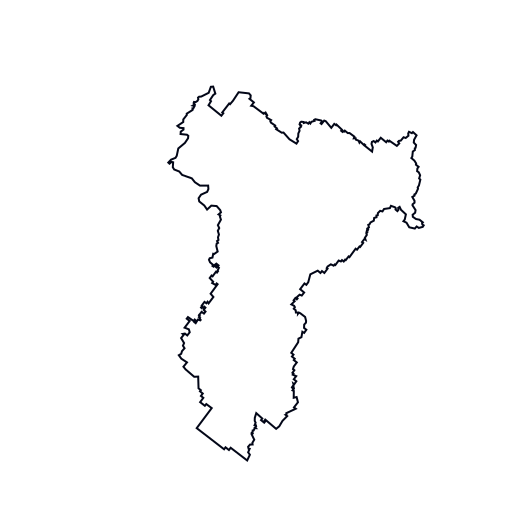 the district of Cootamundra-Gundagai, New South Wales, Australia, rotated 209°
{"feature_id": "25037944B16131127641558", "entity_name": "Cootamundra-Gundagai", "entity_type": "district", "adm_level": 2, "iso_a3": "AUS", "parent_name": "Australia", "parent_adm1": "New South Wales", "projection": "equal_earth", "projection_center": [148.025, -34.809], "detail": "fine", "context": "isolated", "style": "outline", "palette": "ink", "viewbox_px": 512, "rotation_deg": 209, "n_neighbors": 0, "source": "geoboundaries", "source_scale": "gbopen_adm2", "svg_char_len": 6148}
<svg xmlns="http://www.w3.org/2000/svg" viewBox="0 0 512 512"><g transform="rotate(209 256 256)"><path d="M174.1,439.4L178.8,440.5L179.2,439.0L182.4,438.8L182.3,437.0L181.0,435.1L182.3,431.8L184.5,431.4L185.3,427.1L186.8,426.0L187.1,424.8L185.3,423.9L186.2,420.6L195.2,421.5L195.3,420.5L197.0,420.7L197.3,418.6L204.2,419.9L204.9,415.3L206.3,415.5L206.6,413.2L208.8,413.6L209.9,412.0L209.3,410.0L206.5,407.6L205.1,403.6L214.5,405.2L214.4,406.0L215.4,406.2L215.6,405.4L220.4,406.7L220.5,405.3L222.2,406.6L225.0,406.2L226.0,407.3L227.5,406.3L227.8,408.1L233.8,408.9L235.3,408.0L239.1,408.7L239.3,407.4L240.5,407.5L240.6,406.5L242.2,406.8L242.0,408.1L249.3,410.0L249.4,409.2L251.6,409.5L252.3,404.6L260.3,407.7L262.0,407.5L262.7,403.2L263.8,403.4L263.4,405.8L264.7,406.1L270.4,404.4L271.1,403.3L270.3,402.6L272.6,400.2L272.7,398.2L274.2,398.8L274.4,397.1L277.0,397.2L278.7,395.5L279.3,396.3L281.5,395.4L282.1,394.1L281.7,392.3L280.0,392.2L280.3,391.4L279.3,390.9L280.1,388.4L278.6,386.6L278.4,383.7L276.9,380.7L277.0,378.0L274.9,376.9L275.1,373.9L283.3,374.3L291.8,377.3L293.3,376.3L299.8,376.7L299.6,377.8L302.5,378.3L302.5,379.4L307.6,379.9L308.9,380.9L308.7,382.2L313.4,382.2L314.6,383.2L314.4,384.5L316.8,385.9L316.7,384.9L318.3,385.1L318.5,384.1L330.8,385.8L333.0,385.1L332.3,389.3L337.9,390.3L337.4,391.4L338.5,393.9L341.0,394.8L350.6,390.8L351.4,380.6L352.3,376.2L353.4,376.4L355.1,365.2L353.8,365.0L354.3,361.9L370.6,364.8L370.4,369.6L371.9,370.1L371.4,376.1L370.3,378.3L375.6,383.4L377.5,382.1L376.5,375.8L381.2,368.9L383.0,367.7L383.5,366.4L382.4,365.1L382.4,363.2L383.5,361.2L384.9,360.7L384.7,359.5L383.1,358.8L384.2,356.9L382.4,357.3L382.4,354.6L383.1,354.3L382.3,352.9L385.6,346.9L384.9,345.8L385.8,340.2L384.6,337.9L387.8,331.7L384.8,331.2L381.4,332.7L380.7,331.4L382.1,328.3L381.1,326.1L375.2,328.6L373.5,328.3L372.5,326.0L373.0,320.4L376.1,312.4L373.9,305.2L374.0,302.8L377.0,299.1L378.0,295.2L376.4,294.8L375.4,297.4L373.9,297.8L371.8,293.3L369.5,292.0L364.1,292.7L359.9,291.1L349.8,292.8L345.2,290.9L339.1,290.4L332.0,294.4L330.1,291.5L329.8,288.4L333.8,283.0L334.2,278.7L332.1,276.2L325.7,275.1L321.3,272.9L319.5,278.4L314.6,280.6L309.6,278.8L307.8,277.2L308.9,274.2L306.8,274.2L306.7,273.0L304.3,270.8L304.3,264.5L301.7,262.6L301.6,259.5L298.8,256.8L298.3,253.9L296.6,251.8L297.3,250.2L295.6,249.1L296.4,247.8L295.6,245.5L291.7,241.3L293.6,237.4L294.5,237.2L293.3,233.5L295.4,231.6L295.3,229.9L293.1,228.2L289.0,227.4L289.2,226.2L288.0,226.1L287.8,227.3L284.9,226.8L284.7,228.4L287.5,228.9L287.0,230.1L284.2,229.6L284.5,228.0L282.7,227.7L282.5,224.3L281.9,224.2L282.1,222.6L283.4,222.8L284.1,217.2L285.4,217.4L285.8,214.3L281.0,212.7L281.2,211.1L277.3,211.1L277.1,212.9L275.9,212.7L277.4,201.0L273.4,199.5L274.5,191.6L276.2,192.5L276.5,190.6L278.8,190.9L279.4,186.4L278.8,186.3L279.1,184.3L278.2,184.1L278.0,185.4L276.7,185.1L276.5,186.6L275.2,186.3L275.6,183.5L273.2,182.9L273.6,180.4L276.5,180.8L277.1,176.8L278.0,176.6L276.1,176.3L276.3,174.9L274.9,174.7L275.0,172.9L273.8,172.8L273.3,174.1L273.5,172.7L276.0,172.2L276.2,168.0L277.9,168.3L277.6,170.4L278.8,170.7L279.1,168.9L285.9,169.6L286.2,167.6L282.5,167.0L283.7,158.7L279.2,159.3L277.0,157.2L277.6,153.2L280.6,153.7L282.3,152.3L281.0,152.0L281.7,147.9L276.7,145.0L276.4,142.1L273.8,140.7L274.6,136.9L274.0,134.2L275.4,131.8L271.5,130.0L264.8,129.5L265.8,124.0L262.6,122.7L251.5,120.4L248.1,122.5L242.1,112.4L239.2,111.9L239.4,110.5L235.9,109.9L236.3,106.9L233.3,106.4L234.0,101.1L228.1,100.2L227.7,102.4L221.0,101.5L224.4,76.7L190.2,71.5L189.9,73.9L185.6,73.2L185.2,76.0L164.6,72.9L165.0,79.2L167.7,80.5L168.1,84.2L169.0,83.8L170.4,85.3L169.8,88.2L167.6,89.5L168.6,90.9L168.5,94.5L173.6,98.1L172.9,99.1L174.0,99.6L173.6,100.4L174.3,101.8L173.5,102.4L173.7,104.7L172.8,105.2L173.8,105.4L173.2,106.9L174.0,107.9L175.2,107.4L175.5,110.0L177.2,111.2L178.6,113.9L179.6,118.7L171.7,116.9L172.0,114.9L168.0,114.2L167.8,115.4L168.8,115.6L168.6,117.4L154.6,114.6L153.1,118.3L152.9,124.7L151.1,131.1L153.0,131.4L152.4,132.0L153.3,133.2L147.2,141.7L149.4,142.0L148.4,148.4L152.1,152.3L154.3,150.3L157.5,156.3L158.9,156.2L158.5,158.4L160.0,160.1L160.3,158.3L160.9,158.5L160.6,161.5L161.5,162.5L160.4,162.3L160.0,166.0L163.2,166.5L162.6,170.4L166.3,170.0L166.2,171.3L167.5,171.5L167.1,174.7L168.8,175.0L169.4,177.7L168.7,182.7L172.5,183.3L172.3,184.9L175.8,185.5L175.4,187.9L178.2,188.4L177.3,201.0L178.8,204.3L176.9,207.0L178.7,212.2L176.6,212.1L176.2,215.9L179.1,216.4L180.6,219.4L180.0,221.9L180.7,223.5L183.5,226.5L189.5,227.4L191.1,227.3L191.3,225.9L191.8,226.9L193.7,225.9L195.0,227.8L197.4,228.2L197.2,230.1L198.5,230.9L201.6,230.8L200.3,235.2L201.6,235.5L201.2,238.3L199.3,237.9L199.1,238.9L200.5,239.1L199.9,241.0L199.1,243.3L196.8,243.6L196.2,247.4L201.3,248.4L200.3,255.5L198.0,255.2L197.6,258.4L199.6,266.3L194.9,273.1L191.4,272.4L191.0,274.8L188.0,274.3L187.3,279.6L188.3,279.7L188.3,281.5L186.5,285.0L183.4,285.2L183.1,286.7L182.2,286.6L181.5,292.1L179.1,292.4L178.8,294.1L176.6,293.7L176.3,296.0L175.5,295.9L174.8,300.5L173.7,300.3L172.4,310.7L170.7,310.5L170.1,314.5L169.3,314.4L168.6,319.4L170.0,319.6L169.4,323.5L168.2,323.4L169.6,324.7L169.3,328.2L170.4,329.2L170.2,330.3L170.9,330.3L171.6,333.1L170.7,332.8L170.8,333.7L171.9,334.1L171.1,335.8L172.9,337.7L172.1,338.7L172.1,340.9L170.1,344.0L171.1,346.6L169.4,348.3L170.3,349.8L169.3,350.7L170.2,352.6L169.3,355.7L167.0,356.3L166.8,359.2L162.1,362.8L162.3,365.3L158.1,366.0L156.9,365.6L156.5,364.3L154.1,363.8L153.8,365.3L155.0,367.1L154.2,368.6L151.6,366.7L145.1,365.1L143.6,360.0L143.9,357.9L140.5,358.1L135.9,355.4L130.4,357.0L129.8,359.7L127.2,359.5L124.3,362.3L124.2,364.1L125.8,364.2L126.7,365.3L126.4,366.3L130.6,367.0L134.0,365.9L137.8,366.3L139.0,368.0L137.8,371.0L138.7,373.5L143.7,376.2L144.1,377.1L143.2,379.5L144.1,381.1L147.9,383.4L146.6,385.7L147.3,386.6L146.5,388.1L146.9,393.4L147.8,394.3L147.7,396.7L149.3,402.5L150.9,402.9L151.6,406.2L154.2,408.1L156.2,408.3L157.3,410.8L157.0,412.8L160.4,413.4L160.8,414.6L163.7,416.2L167.6,417.0L167.5,418.7L169.5,423.4L168.4,425.7L169.3,427.1L168.9,428.0L169.8,430.7L173.0,431.7L174.1,434.3L174.1,439.4Z" fill="none" stroke="#020617" stroke-width="2"/></g></svg>